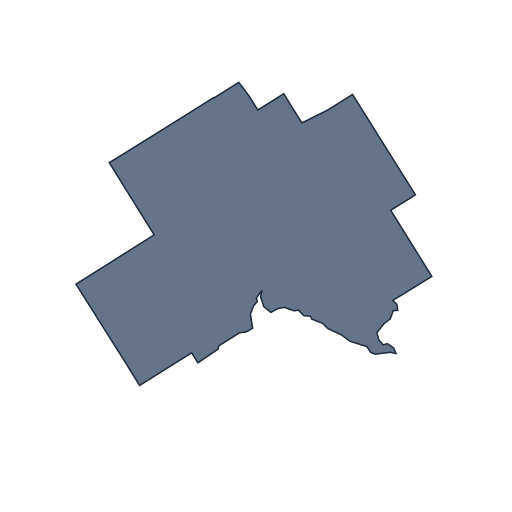 Butte, Idaho, United States of America (Robinson projection), rotated 238°
{"feature_id": "52423323B97666997911945", "entity_name": "Butte", "entity_type": "district", "adm_level": 2, "iso_a3": "USA", "parent_name": "United States of America", "parent_adm1": "Idaho", "projection": "robinson", "projection_center": [-113.393, 43.759], "detail": "fine", "context": "isolated", "style": "filled", "palette": "slate", "viewbox_px": 512, "rotation_deg": 238, "n_neighbors": 0, "source": "geoboundaries", "source_scale": "gbopen_adm2", "svg_char_len": 910}
<svg xmlns="http://www.w3.org/2000/svg" viewBox="0 0 512 512"><g transform="rotate(238 256 256)"><path d="M99.1,323.1L105.1,324.0L112.0,321.0L113.3,316.8L119.2,315.7L126.8,317.7L130.8,328.8L131.6,336.6L136.9,343.4L134.8,347.4L140.3,349.8L145.8,348.5L145.5,394.3L223.4,394.5L223.4,423.6L324.6,423.5L341.9,423.5L341.8,394.4L344.6,365.4L378.9,365.5L378.9,334.9L395.5,334.9L412.4,333.4L412.3,304.1L412.8,304.1L412.7,242.4L412.9,181.0L327.9,180.8L327.5,88.4L235.1,88.8L207.9,88.7L208.0,150.1L196.2,150.1L197.1,174.3L199.5,176.9L199.6,201.2L196.8,207.5L196.5,214.9L209.6,220.4L215.1,227.7L216.7,233.0L220.2,234.1L223.7,242.9L218.9,238.2L209.0,235.8L200.3,238.7L199.8,247.0L197.3,252.9L189.4,259.2L187.5,263.3L180.0,264.9L176.1,270.3L172.9,269.8L163.6,276.7L156.1,278.6L143.8,286.6L133.8,290.6L120.4,302.0L113.6,302.2L109.7,304.8L103.1,319.0L99.1,323.1Z" fill="#64748b" stroke="#1e293b" stroke-width="1.5"/></g></svg>